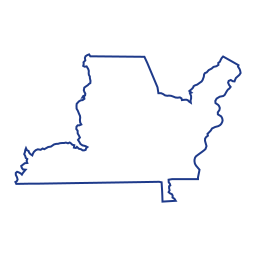 the district of São Mateus do Maranhão, Maranhão, Brazil
{"feature_id": "56859067B61548310814974", "entity_name": "São Mateus do Maranhão", "entity_type": "district", "adm_level": 2, "iso_a3": "BRA", "parent_name": "Brazil", "parent_adm1": "Maranhão", "projection": "mercator", "projection_center": [-44.527, -3.987], "detail": "fine", "context": "isolated", "style": "outline", "palette": "blue", "viewbox_px": 256, "rotation_deg": 0, "n_neighbors": 0, "source": "geoboundaries", "source_scale": "gbopen_adm2", "svg_char_len": 3081}
<svg xmlns="http://www.w3.org/2000/svg" viewBox="0 0 256 256"><path d="M175.7,200.8L174.4,198.7L172.5,197.5L172.7,195.8L172.0,194.3L169.8,193.2L168.6,192.1L169.6,190.3L169.1,188.2L169.1,186.2L170.3,185.4L169.9,183.9L168.7,182.2L168.6,179.7L172.3,179.1L194.8,179.1L198.0,179.1L198.0,177.3L199.1,172.0L199.5,169.7L196.0,165.6L194.9,163.6L194.5,161.4L194.5,159.8L195.0,157.8L195.9,156.4L197.7,155.0L200.3,153.1L202.1,151.8L204.2,150.2L205.5,149.0L206.5,146.1L205.7,143.3L205.0,140.8L205.1,138.6L206.1,137.1L207.9,135.7L207.5,133.8L208.7,132.7L210.8,130.5L212.0,128.5L215.1,127.0L218.4,126.1L220.2,125.0L221.3,123.8L222.3,121.8L222.6,120.3L222.2,118.3L221.2,116.4L217.9,114.4L217.8,112.3L219.4,110.1L219.8,108.0L219.1,106.1L218.2,104.9L216.7,103.9L215.5,103.1L215.3,101.0L216.6,98.6L219.7,96.7L223.3,96.0L224.7,94.9L226.6,91.5L227.9,89.6L229.3,88.6L230.6,86.9L229.1,85.0L228.1,82.7L228.7,80.9L230.8,80.0L232.7,81.2L234.5,81.4L235.1,79.8L235.9,78.0L237.7,76.4L239.4,74.9L240.6,73.0L240.2,70.9L239.7,69.3L238.0,66.6L238.5,65.2L233.6,62.4L223.1,56.5L221.8,57.9L220.8,59.6L219.9,61.7L218.3,62.9L218.4,64.9L216.5,66.2L213.5,66.9L211.6,68.6L208.7,70.1L206.7,72.4L204.9,73.1L204.1,74.4L203.8,76.8L202.6,80.0L201.6,81.5L200.0,82.6L197.2,84.6L194.9,85.4L193.6,86.2L193.1,87.6L191.7,89.1L189.4,91.0L191.4,92.6L189.9,93.2L191.1,96.0L191.1,98.4L190.5,100.8L190.8,102.7L189.1,101.6L187.8,100.2L186.3,99.7L184.2,99.8L181.9,100.1L181.5,98.4L179.9,97.4L177.7,97.7L175.5,97.5L173.3,96.6L171.0,95.8L168.9,95.6L167.3,95.8L165.1,95.4L163.0,94.0L161.1,93.2L158.4,93.2L157.5,87.3L147.3,63.0L144.4,56.8L90.3,56.3L89.1,54.4L87.3,55.1L85.5,56.3L84.9,58.0L85.3,60.4L83.5,62.3L83.7,64.1L83.2,65.9L84.6,66.7L86.6,66.4L88.2,69.0L88.8,70.9L88.7,73.3L88.9,74.9L89.8,76.4L89.9,78.3L90.5,80.9L90.3,83.1L88.8,84.1L87.8,85.2L86.4,86.1L84.3,87.6L83.8,90.3L84.5,92.2L85.3,93.5L85.1,95.4L83.3,96.0L82.4,97.5L84.1,97.2L84.4,98.8L82.6,100.1L80.8,100.3L78.9,101.4L76.7,103.8L76.5,105.8L76.6,108.7L77.8,110.7L78.9,113.5L80.0,115.9L80.2,117.7L79.9,120.0L80.2,122.6L81.3,124.5L79.4,125.3L77.7,125.3L76.5,126.7L76.3,129.0L77.6,130.7L77.7,133.5L78.6,135.0L79.9,137.5L78.0,139.9L79.2,141.7L80.5,144.0L82.5,145.4L84.0,145.7L85.7,146.2L87.4,147.1L86.2,148.1L85.6,149.9L84.0,150.4L82.5,150.3L81.2,149.3L78.8,148.7L76.9,146.9L75.9,148.0L73.9,147.6L74.3,145.2L72.4,144.8L71.0,143.4L69.7,142.5L68.0,143.3L65.9,142.6L64.1,143.0L62.2,143.0L60.0,143.2L58.1,143.8L56.1,143.9L54.1,144.4L50.9,146.6L48.2,147.0L44.3,149.2L42.6,148.5L40.7,149.8L37.8,149.3L35.7,150.2L33.9,151.9L32.9,153.7L32.3,155.4L30.4,154.1L29.1,152.6L28.6,151.0L26.9,150.2L26.0,148.2L25.3,150.0L24.9,152.3L24.2,154.1L25.2,155.9L25.8,158.0L27.3,159.0L26.6,160.9L27.3,163.0L24.8,163.2L21.2,166.0L21.8,167.8L22.9,169.4L25.6,169.7L24.4,171.1L22.7,173.2L21.9,174.6L20.8,173.5L18.6,172.3L17.1,171.8L15.8,172.9L15.8,174.9L17.0,177.3L17.6,179.6L16.7,181.3L15.4,182.0L16.3,183.9L28.0,183.7L31.0,183.7L35.5,183.7L61.7,183.3L81.3,183.0L95.3,182.8L141.2,182.1L159.1,181.8L161.6,182.3L162.1,190.7L162.3,195.2L162.5,201.6L175.7,200.8Z" fill="none" stroke="#1e3a8a" stroke-width="2"/></svg>